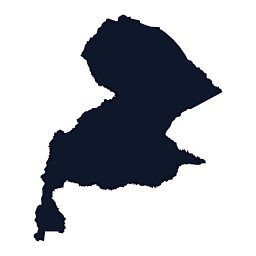 Aranyaprathet, Sa Kaeo, Thailand
{"feature_id": "78962969B18658138340114", "entity_name": "Aranyaprathet", "entity_type": "district", "adm_level": 2, "iso_a3": "THA", "parent_name": "Thailand", "parent_adm1": "Sa Kaeo", "projection": "orthographic", "projection_center": [102.437, 13.671], "detail": "fine", "context": "isolated", "style": "filled", "palette": "ink", "viewbox_px": 256, "rotation_deg": 0, "n_neighbors": 0, "source": "geoboundaries", "source_scale": "gbopen_adm2", "svg_char_len": 5760}
<svg xmlns="http://www.w3.org/2000/svg" viewBox="0 0 256 256"><path d="M159.1,27.9L151.1,27.5L145.6,25.9L139.1,23.2L139.3,21.5L138.7,20.9L130.3,19.3L130.0,17.5L127.4,18.0L124.6,15.7L122.7,15.4L118.9,17.7L118.4,22.0L115.4,21.8L108.1,19.2L106.8,19.9L106.3,22.3L104.6,22.3L102.6,24.3L101.6,27.1L98.5,29.0L97.4,33.7L94.2,36.0L93.0,38.4L90.8,38.2L89.3,42.0L87.5,41.9L87.3,43.8L85.8,45.3L84.6,50.0L82.4,53.1L82.0,54.4L82.5,55.2L81.6,55.6L84.2,57.3L84.4,58.2L85.1,58.0L86.0,59.2L87.1,59.4L88.0,63.6L90.4,68.4L90.3,70.4L91.7,71.9L92.0,74.6L93.4,75.2L93.3,76.4L95.5,77.3L94.9,78.5L95.6,78.8L95.7,80.9L96.5,81.1L96.9,82.1L98.0,82.2L99.1,85.2L100.0,84.4L100.6,85.5L101.2,85.5L102.7,84.4L104.4,86.8L105.4,86.0L106.1,87.4L107.9,86.8L107.4,87.9L107.7,88.6L109.2,88.8L109.0,88.1L110.1,88.1L110.7,88.7L110.2,89.7L110.8,90.7L111.8,90.1L112.0,91.1L113.5,91.0L114.4,92.5L116.3,92.6L116.5,94.5L115.6,94.3L115.4,95.2L116.7,95.3L117.0,96.4L116.2,96.7L116.2,97.3L113.6,97.3L112.3,99.8L111.0,100.4L110.4,99.9L110.0,100.9L109.6,100.2L108.6,100.9L107.0,100.9L106.0,99.8L104.8,99.9L104.7,102.2L102.1,103.3L100.9,106.6L98.4,107.1L97.3,108.6L92.6,108.8L92.3,109.9L91.2,110.0L90.7,111.0L89.5,110.6L87.6,112.1L85.6,112.1L82.5,114.8L81.5,117.2L80.1,117.9L79.1,119.2L77.4,119.8L78.3,122.1L79.8,122.4L79.5,123.4L75.8,126.1L76.8,127.3L76.0,127.4L76.0,128.3L74.5,128.4L73.8,129.2L73.1,128.9L72.5,129.9L72.9,130.3L72.1,130.5L72.6,130.9L66.2,133.7L63.4,133.5L62.8,132.9L63.2,132.0L60.6,130.6L60.6,131.1L59.8,130.8L59.9,131.4L59.1,131.0L57.6,131.9L57.2,133.3L55.0,133.3L54.8,134.9L55.6,135.9L55.3,136.5L54.0,136.6L53.7,137.1L54.4,137.6L53.7,139.2L52.6,140.0L52.3,141.3L51.8,140.9L51.4,141.3L52.4,142.1L52.1,142.6L51.2,143.4L50.4,142.7L49.8,143.9L50.5,145.8L49.4,146.3L50.5,146.9L50.1,148.4L50.9,149.4L50.3,149.4L50.3,150.7L50.8,151.1L49.9,152.8L50.7,154.8L49.4,155.8L49.8,158.2L48.9,158.6L48.7,160.7L48.2,160.5L47.0,162.2L46.7,163.4L47.7,164.7L46.9,166.6L47.1,167.5L45.7,168.1L44.8,169.8L46.2,171.5L45.2,173.8L41.6,176.0L41.2,177.2L42.5,178.0L42.6,179.4L45.5,182.8L45.4,184.1L43.0,188.4L43.3,195.1L41.8,198.3L42.4,204.6L41.1,205.7L39.4,205.5L39.1,206.5L37.9,206.8L37.9,208.1L36.8,209.2L37.1,210.8L36.3,211.2L35.8,212.8L36.3,213.1L36.2,214.7L36.9,215.7L36.4,218.1L35.2,220.1L37.4,223.0L37.6,225.7L39.3,228.2L38.1,231.9L39.0,233.0L36.1,233.7L34.6,235.0L34.5,237.0L36.6,238.7L36.3,239.6L37.1,240.2L38.3,240.6L39.1,238.9L43.3,240.2L44.5,230.6L57.9,230.7L59.6,230.9L59.4,232.1L62.5,232.5L62.7,231.5L63.5,231.4L63.4,228.8L64.9,228.1L64.6,226.5L63.5,226.4L63.7,224.0L64.4,223.5L63.6,222.1L64.1,219.7L64.8,219.3L64.1,218.7L64.7,218.4L63.7,217.7L63.3,218.2L63.0,215.9L58.2,211.2L57.6,209.4L58.0,208.9L56.7,208.7L56.7,207.4L56.0,206.9L56.3,206.4L55.2,205.2L55.0,203.0L52.0,199.2L50.8,198.6L50.7,197.3L51.3,196.8L50.7,196.8L51.7,195.5L51.9,193.5L51.4,192.7L51.9,191.8L51.4,191.6L52.0,190.7L53.0,189.7L53.5,190.0L53.3,189.5L54.0,188.8L59.5,187.2L60.2,187.5L61.1,186.2L61.5,186.7L62.2,186.0L62.7,186.6L63.1,184.1L62.7,183.1L63.3,183.2L63.7,182.1L65.5,180.9L65.1,180.6L65.8,179.4L69.4,180.0L69.0,180.9L69.9,180.7L70.8,181.6L73.7,181.7L75.3,182.6L76.9,182.3L79.2,183.6L79.7,185.2L80.2,184.7L82.0,185.7L83.1,185.3L84.3,185.9L85.6,185.0L87.3,185.7L88.4,185.2L90.9,185.4L91.3,183.9L91.5,184.5L92.6,184.3L93.0,183.8L92.6,183.6L94.1,183.9L94.1,183.3L94.7,183.0L97.2,184.1L97.7,183.6L98.3,184.3L97.9,184.9L98.8,184.7L98.9,185.6L99.9,185.6L99.9,186.6L101.1,188.2L102.0,187.8L102.5,188.6L103.6,188.7L103.8,188.2L105.5,189.2L107.6,187.6L109.0,188.9L109.5,188.4L110.1,189.0L110.3,188.3L110.9,188.8L111.2,188.4L111.5,189.4L112.5,188.4L113.0,188.7L113.0,187.8L113.6,188.1L114.6,187.3L114.6,188.4L115.7,188.6L117.2,186.9L118.2,187.0L118.2,186.1L120.5,186.2L121.7,185.1L121.9,186.2L123.1,186.6L124.2,185.0L125.9,184.9L127.3,182.8L128.2,182.6L129.8,183.4L131.4,182.6L131.8,183.2L132.6,182.3L133.8,182.8L134.1,182.4L134.2,183.5L134.8,182.9L136.1,183.3L136.4,184.2L137.9,183.3L139.0,183.5L140.4,184.8L142.5,185.3L144.0,184.9L143.9,184.3L145.0,184.4L148.5,185.7L149.8,185.5L150.8,186.7L151.9,186.2L152.4,186.9L153.1,185.5L154.5,185.8L154.8,186.4L154.9,185.7L155.6,186.2L155.6,185.7L158.0,185.8L160.2,184.4L159.8,183.7L162.3,181.8L162.5,180.7L163.0,181.4L164.8,179.8L166.5,181.0L168.4,179.1L171.8,178.9L172.5,176.8L175.7,175.2L175.6,173.6L176.6,172.4L176.5,171.4L177.3,171.0L176.8,169.3L177.6,168.5L177.0,166.2L178.2,167.0L178.2,165.6L180.4,165.4L181.0,164.3L185.9,163.1L186.2,163.6L187.2,163.6L190.1,162.8L190.9,163.5L198.5,164.2L199.0,162.6L199.5,162.5L200.2,162.7L199.7,163.2L200.0,163.9L200.7,162.9L202.1,162.5L204.9,162.6L204.8,161.1L204.0,161.0L203.1,159.8L199.3,159.3L198.9,157.8L198.3,158.1L197.6,157.3L197.3,158.6L195.6,158.0L194.1,156.1L192.9,156.3L192.5,154.7L191.7,154.2L189.9,154.0L188.8,154.5L187.7,152.0L187.4,153.3L186.3,153.3L184.4,150.4L183.9,151.1L182.8,150.3L181.8,151.6L180.3,151.4L180.2,150.3L178.6,150.7L177.8,149.0L177.1,148.8L177.0,147.3L176.4,147.4L175.7,143.1L173.7,142.7L173.3,141.6L172.6,142.0L172.2,140.8L171.1,141.1L170.8,139.9L169.0,140.3L169.3,139.6L168.6,139.2L169.2,138.5L167.4,138.3L167.5,137.6L164.1,134.5L165.2,132.9L165.8,130.8L169.6,126.3L171.6,121.2L174.2,119.2L175.3,116.8L179.6,115.8L180.3,114.7L180.0,114.2L180.4,113.1L182.0,111.6L186.1,109.7L186.9,108.3L190.8,108.2L221.5,91.7L220.4,89.6L218.2,88.7L218.2,87.8L217.4,88.3L216.0,87.0L215.0,87.2L213.1,85.9L213.0,85.0L211.6,84.8L211.6,83.2L210.8,82.8L211.4,81.6L210.5,80.4L208.2,79.1L207.4,79.5L205.6,77.6L206.0,74.8L205.5,73.9L204.1,73.7L202.9,72.1L202.0,72.2L202.2,71.3L200.2,70.4L199.0,68.2L197.2,68.4L195.4,67.5L195.1,66.3L194.1,66.0L193.8,64.7L192.8,64.6L191.5,62.0L190.0,61.0L188.6,61.1L186.6,59.3L185.0,55.9L179.3,47.5L172.4,39.7L164.7,33.0L160.8,30.3L159.3,30.0L159.1,27.9Z" fill="#0f172a" stroke="#020617" stroke-width="1.5"/></svg>